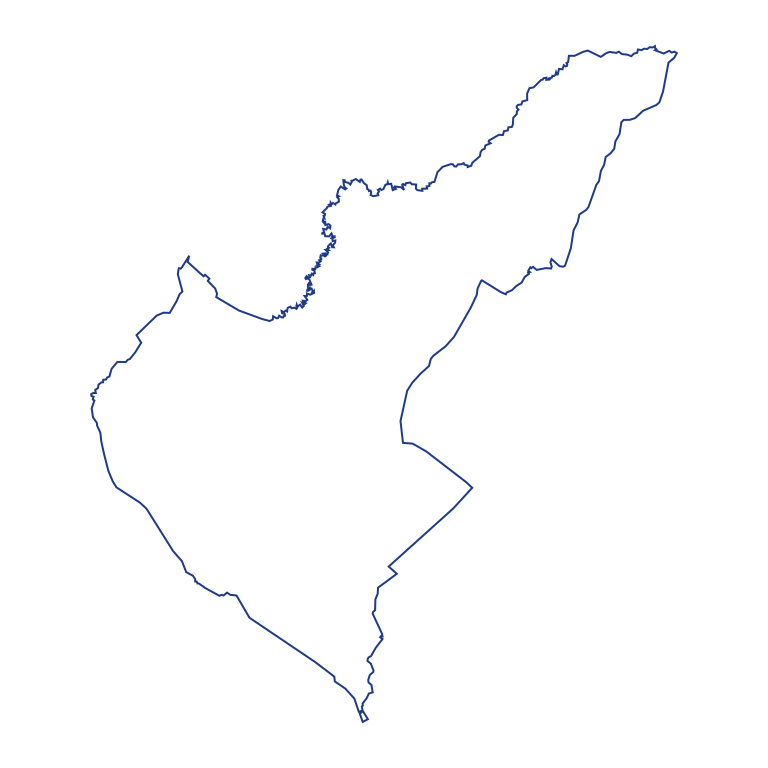 the district of Madrid, Cundinamarca, Colombia
{"feature_id": "7082276B83937578345103", "entity_name": "Madrid", "entity_type": "district", "adm_level": 2, "iso_a3": "COL", "parent_name": "Colombia", "parent_adm1": "Cundinamarca", "projection": "albers", "projection_center": [-74.258, 4.77], "detail": "fine", "context": "isolated", "style": "outline", "palette": "blue", "viewbox_px": 768, "rotation_deg": 0, "n_neighbors": 0, "source": "geoboundaries", "source_scale": "gbopen_adm2", "svg_char_len": 6054}
<svg xmlns="http://www.w3.org/2000/svg" viewBox="0 0 768 768"><path d="M663.6,53.5L655.0,50.2L656.4,49.3L655.2,48.2L654.9,46.1L652.9,47.4L649.5,47.3L647.3,49.0L644.1,48.7L641.6,50.1L637.9,49.5L637.2,52.8L633.8,53.7L631.3,56.2L627.1,54.6L621.9,54.1L618.8,51.7L616.2,52.9L609.7,51.9L606.1,53.2L600.8,56.9L587.9,50.6L583.5,51.7L574.6,55.8L568.9,55.8L568.1,62.2L566.5,63.0L567.3,64.7L566.7,66.1L565.5,66.4L563.8,65.2L562.5,69.3L559.0,68.9L557.7,74.5L556.8,74.4L556.1,72.4L555.5,74.7L554.1,76.0L552.4,75.8L551.9,77.5L549.3,78.3L550.1,78.8L549.4,79.6L546.2,79.8L546.3,77.7L543.4,78.3L542.8,79.6L541.0,80.0L533.6,87.4L529.4,88.2L527.1,93.7L527.2,100.1L522.4,101.4L521.4,104.4L518.0,104.9L516.7,106.2L516.7,107.7L518.5,109.6L516.8,111.4L516.8,114.0L513.3,117.7L512.8,124.7L511.8,127.0L508.4,127.3L507.8,130.4L504.0,131.2L502.9,135.0L498.9,134.8L489.0,140.5L488.6,141.7L490.6,143.3L485.4,145.4L484.6,148.8L482.3,149.8L480.6,152.1L480.0,156.1L472.4,162.7L471.2,165.8L467.7,167.0L467.7,165.6L464.3,164.5L463.7,163.1L461.3,164.3L458.1,164.4L456.1,166.6L454.3,166.3L452.8,164.3L450.9,164.1L442.7,166.8L437.5,172.1L434.4,181.9L432.0,182.2L430.7,183.6L429.4,183.3L429.4,186.0L426.7,186.4L427.1,188.6L422.2,188.7L422.4,190.8L417.5,190.2L415.9,188.7L416.1,184.5L411.7,184.2L410.3,182.5L405.9,183.2L405.3,185.1L403.0,184.0L402.2,184.7L404.0,189.9L401.3,187.4L394.9,186.4L394.1,187.3L395.8,188.9L392.7,190.1L391.2,183.8L388.3,184.2L387.8,182.3L387.2,184.3L385.4,184.8L383.4,189.1L381.4,190.0L380.1,188.6L377.9,189.9L379.1,191.4L377.6,193.3L378.3,195.2L373.4,196.2L370.6,195.0L371.2,192.2L370.5,190.7L369.0,191.1L368.6,189.6L367.3,189.1L366.7,185.2L363.7,182.9L361.5,179.5L360.5,179.6L359.8,181.9L355.8,179.0L351.7,181.1L350.8,180.1L351.9,181.6L350.3,184.6L348.6,182.9L345.2,182.0L344.6,180.2L343.3,180.1L343.8,184.7L344.8,187.4L346.3,188.5L345.1,189.4L340.8,186.5L338.4,189.8L337.0,195.5L338.9,196.3L337.2,197.2L338.8,199.0L338.9,201.7L335.7,203.4L335.4,204.5L333.0,203.0L331.6,204.3L330.7,202.8L330.6,204.4L329.2,204.7L330.5,205.9L327.4,206.7L326.8,208.2L322.5,212.3L325.1,214.0L324.7,215.6L323.6,215.9L324.6,218.7L323.3,218.7L322.7,221.5L324.0,222.9L324.3,221.6L325.2,221.6L325.3,224.9L328.6,224.1L330.5,225.7L330.1,228.3L327.7,226.7L326.4,229.5L323.2,228.9L324.2,232.9L322.4,232.9L322.3,233.6L324.6,233.7L325.2,236.2L329.1,236.4L331.5,233.4L332.5,235.7L331.7,237.4L334.6,236.3L334.7,237.3L332.3,238.4L332.7,241.1L335.3,240.5L335.1,242.7L332.7,245.5L333.8,247.3L332.1,247.2L330.8,243.5L328.3,245.8L327.9,247.0L329.0,247.8L327.1,248.9L328.4,250.0L325.7,250.0L328.1,252.3L327.5,254.2L325.6,253.3L323.5,253.6L326.4,255.1L325.5,256.3L324.3,256.2L323.7,254.7L321.9,255.7L320.7,255.3L320.2,257.8L321.3,258.3L321.2,259.6L319.3,260.2L320.6,261.4L318.7,262.6L316.8,262.5L317.2,263.6L319.0,264.4L317.2,265.3L319.2,266.2L317.0,267.4L315.5,267.2L315.3,269.1L312.4,268.8L312.3,269.7L314.4,270.6L314.9,273.2L313.5,273.4L313.2,274.9L311.7,273.8L311.2,275.5L309.2,275.2L309.9,277.2L307.9,277.3L306.7,276.1L305.3,277.9L305.8,279.0L307.7,278.5L309.4,279.5L311.5,284.7L310.1,285.0L310.0,283.3L309.0,283.0L307.9,284.8L308.1,287.7L309.0,288.4L309.9,287.6L310.1,288.3L307.6,289.3L307.0,290.7L307.9,290.9L311.6,288.6L312.8,291.2L312.1,292.3L313.2,292.4L313.9,291.2L314.1,292.9L310.2,294.7L306.9,293.5L306.9,295.9L304.6,296.0L307.3,299.8L305.8,301.0L302.8,300.7L303.4,302.1L305.8,303.2L304.8,304.0L302.2,302.8L303.8,305.9L302.2,307.5L300.1,304.6L298.2,306.1L297.2,306.1L296.7,304.7L296.4,306.1L297.3,307.6L296.5,308.9L294.6,307.7L291.8,308.3L290.3,306.6L287.6,308.0L287.1,311.5L285.5,310.6L284.2,312.1L281.6,311.0L282.1,313.2L284.8,314.1L284.9,315.9L283.7,316.1L283.2,317.4L281.6,317.4L279.2,315.7L278.1,318.0L276.7,318.3L273.1,316.3L272.8,319.5L269.6,321.0L262.4,319.1L239.1,310.6L216.2,297.1L217.1,293.9L215.2,288.5L207.8,280.9L209.4,278.6L205.0,274.7L203.5,276.3L187.7,262.0L189.2,255.7L181.9,267.4L180.7,268.6L179.0,268.2L178.6,269.1L177.8,274.2L182.4,291.5L179.5,294.4L176.6,301.2L169.7,312.9L163.5,312.7L156.8,315.5L136.5,335.1L141.2,342.7L135.2,352.4L129.8,359.1L128.0,359.6L125.8,362.0L117.4,361.9L111.6,368.8L109.4,376.6L107.1,377.5L106.1,379.5L103.2,379.8L103.1,382.3L101.4,382.4L98.5,384.6L98.0,388.0L95.2,390.0L95.8,393.0L93.0,393.1L91.2,394.1L91.4,396.0L93.6,396.8L92.8,399.5L94.4,400.6L91.7,408.4L93.0,417.4L96.8,422.8L97.1,425.6L100.4,432.9L101.2,441.0L104.2,454.6L108.5,471.3L112.9,481.7L116.5,487.4L140.0,502.7L146.5,508.7L173.2,551.2L182.0,561.3L186.2,572.1L193.0,575.8L195.1,579.1L195.2,581.5L196.8,581.6L197.4,583.4L198.9,583.5L205.2,588.0L219.4,595.8L221.4,594.9L223.7,595.4L227.0,592.6L230.3,594.8L236.5,595.5L249.5,617.8L314.8,661.8L334.3,676.6L334.8,681.4L345.3,688.6L354.4,698.6L358.8,711.8L361.7,710.9L362.1,711.6L359.8,713.7L362.7,721.9L367.9,719.2L362.5,710.5L361.9,706.4L362.8,705.6L362.6,703.5L366.5,698.4L368.9,693.5L372.7,692.4L371.4,684.9L368.6,682.5L368.2,680.0L369.8,675.0L373.3,671.9L373.5,670.5L370.8,663.6L367.5,661.0L367.7,659.1L368.6,657.4L371.0,656.1L375.6,648.0L382.5,639.0L380.2,637.3L380.7,636.3L382.5,636.4L381.9,633.5L372.7,613.7L373.1,611.9L375.1,610.3L375.4,599.3L377.7,593.8L378.0,587.7L396.8,573.8L388.7,566.6L389.3,566.0L453.3,508.4L472.2,487.8L466.2,482.2L426.2,451.4L412.6,443.6L403.0,442.9L400.5,421.1L407.2,390.7L412.2,382.8L420.6,373.6L429.0,366.0L430.8,358.9L433.4,355.7L445.7,346.2L454.0,336.9L470.9,307.4L476.7,295.0L477.6,288.5L481.2,280.7L481.9,280.3L501.0,292.2L505.8,294.3L506.6,292.6L512.1,290.1L516.3,286.0L521.6,282.6L524.7,277.0L528.9,273.9L528.2,272.7L529.9,272.1L528.2,270.9L530.3,267.3L531.3,268.2L533.0,266.8L536.6,269.9L546.0,268.1L551.1,268.5L551.7,266.4L550.4,262.2L551.6,259.1L559.6,266.2L563.3,266.7L565.1,265.6L570.8,248.4L573.6,230.2L577.7,222.3L579.4,214.4L586.1,210.0L588.4,207.2L596.4,184.7L599.0,181.2L600.9,170.9L604.1,164.9L605.7,157.0L610.5,153.3L614.2,148.9L615.4,141.4L619.5,134.2L621.4,122.2L623.7,119.9L630.0,119.8L635.3,118.0L643.0,110.8L656.4,105.0L659.4,102.3L663.1,91.3L668.5,62.6L674.3,57.7L676.8,53.1L674.6,51.7L671.4,52.5L669.3,50.8L663.6,53.5Z" fill="none" stroke="#1e3a8a" stroke-width="2"/></svg>